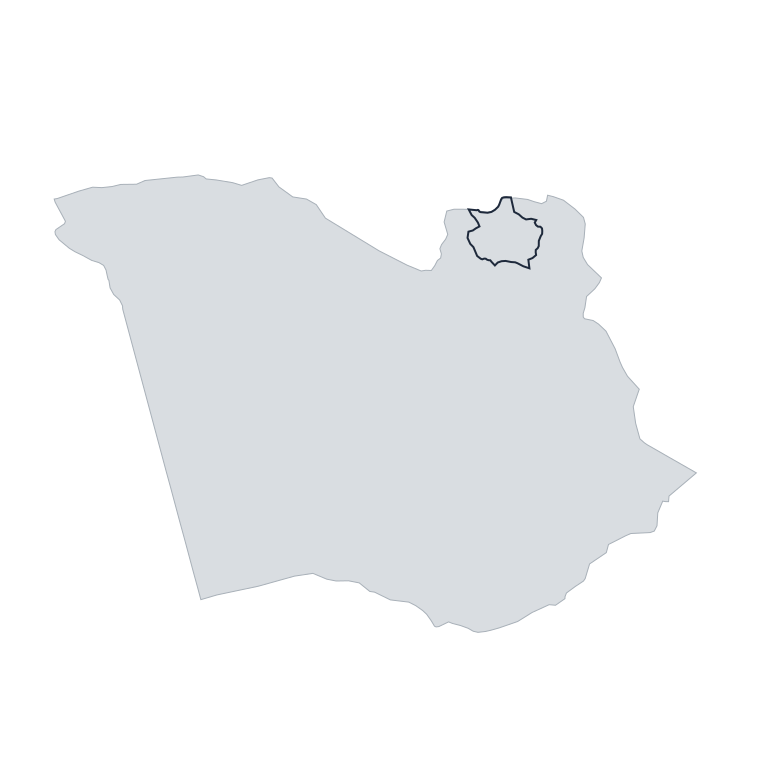 Arua highlighted on a map of Uganda, rotated 75°
{"feature_id": "UGA-3080", "entity_name": "Arua", "entity_type": "County", "adm_level": 1, "iso_a3": "UGA", "parent_name": "Uganda", "parent_adm1": "", "projection": "albers", "projection_center": [31.087, 2.968], "detail": "fine", "context": "in_parent", "style": "outline", "palette": "slate", "viewbox_px": 768, "rotation_deg": 75, "n_neighbors": 0, "source": "natural_earth", "source_scale": "10m", "svg_char_len": 3227}
<svg xmlns="http://www.w3.org/2000/svg" viewBox="0 0 768 768"><g transform="rotate(75 384 384)"><path d="M544.9,616.7L534.1,616.7L516.7,616.8L499.2,616.8L481.8,616.8L464.3,616.9L446.8,616.9L429.4,616.9L411.9,617.0L394.5,617.0L377.0,617.0L359.6,617.0L342.1,617.0L324.6,617.0L307.2,617.0L289.7,617.0L272.3,617.0L254.8,617.0L244.5,617.0L242.4,616.7L241.0,616.3L234.4,617.6L227.6,621.9L220.3,623.7L212.6,622.9L211.6,623.4L207.7,623.3L202.0,623.0L196.9,624.1L193.0,627.9L189.0,634.3L181.9,641.7L176.3,648.2L171.5,652.8L160.6,660.5L154.6,662.7L151.7,662.4L149.9,660.9L146.5,651.1L144.4,649.6L123.2,654.6L120.0,654.7L120.3,651.6L118.7,628.6L118.5,614.5L121.3,605.7L122.9,595.5L123.1,586.6L127.0,571.3L125.6,562.2L130.7,530.1L132.0,524.8L134.0,509.3L137.1,504.6L139.9,502.7L143.5,493.2L150.4,478.0L155.3,470.1L154.2,453.0L155.0,441.4L156.1,438.8L166.4,434.5L179.7,423.7L185.3,411.0L193.2,403.0L208.6,397.7L254.1,354.3L275.3,330.8L284.5,318.8L284.9,314.5L286.6,308.9L282.9,304.4L278.5,300.4L277.0,296.7L273.2,294.9L267.8,295.0L264.2,292.3L260.1,287.0L256.0,283.7L243.1,284.0L233.2,278.6L233.3,271.2L237.2,256.8L244.8,240.2L245.2,235.6L244.1,231.7L242.3,228.4L238.9,225.1L235.7,221.1L238.2,209.2L242.9,197.5L246.8,191.7L250.6,185.1L249.5,179.8L244.0,177.1L246.9,171.9L252.9,163.1L264.5,154.2L274.7,148.2L281.5,148.2L294.7,152.9L306.7,158.5L313.3,158.8L321.3,156.5L337.8,146.5L341.8,149.7L346.6,155.7L351.9,165.7L362.3,170.2L367.3,173.3L370.9,174.2L372.9,173.4L376.8,165.6L381.6,161.3L390.4,155.9L409.9,151.6L423.8,150.3L429.6,149.4L439.5,146.8L455.1,138.8L470.4,149.1L487.1,151.1L503.2,151.0L508.1,147.8L510.9,145.4L527.8,128.4L550.7,105.3L566.0,137.7L571.3,139.6L570.5,142.4L569.3,145.1L579.3,152.9L591.6,157.0L596.0,161.0L596.4,165.3L592.3,184.3L593.1,189.7L597.1,208.7L604.4,212.9L611.0,232.0L624.1,240.1L626.0,242.4L629.1,251.7L633.1,261.9L636.3,264.2L638.2,264.8L642.1,275.6L639.9,281.6L643.0,300.0L648.0,316.4L649.4,336.1L649.5,344.7L649.3,350.0L648.2,357.5L645.9,361.8L641.7,366.0L637.1,372.6L633.1,379.7L630.5,383.2L632.5,393.8L632.1,396.6L631.0,397.9L625.0,399.6L617.4,402.4L612.8,405.3L606.3,410.7L601.1,416.5L594.2,433.7L582.6,447.0L580.7,451.4L569.7,459.4L564.9,469.2L561.9,481.2L557.7,489.8L548.5,501.7L546.4,520.3L546.8,557.6L544.5,600.0L544.9,616.7Z" fill="#d9dde1" stroke="#a8b0b8" stroke-width="1"/><path d="M237.3,257.0L240.0,249.9L240.1,249.4L240.1,248.4L240.4,247.8L240.8,247.6L242.0,247.3L242.3,247.1L243.0,246.2L245.4,239.6L245.6,235.7L244.5,231.8L242.3,227.8L240.6,226.3L236.0,223.1L234.8,221.7L234.7,219.8L235.1,217.7L236.6,213.1L241.0,213.3L251.5,213.7L255.0,209.9L259.1,207.2L261.8,204.2L262.5,199.1L265.0,194.5L267.1,196.6L269.9,196.0L271.8,194.6L272.6,192.2L274.6,191.1L277.1,191.5L279.9,192.4L281.8,194.4L285.8,197.4L290.8,198.8L292.6,200.4L293.8,202.7L296.1,203.4L298.8,203.7L300.8,208.0L301.3,212.4L309.9,213.6L306.3,219.0L301.9,223.8L300.4,225.8L299.1,229.6L296.6,234.7L295.8,238.7L296.1,242.7L298.2,246.2L293.9,248.5L292.0,249.3L291.6,250.7L290.7,252.2L289.3,253.3L288.8,254.8L289.0,256.8L288.0,258.2L284.4,260.9L274.9,262.2L271.0,264.4L264.5,265.5L258.7,263.0L258.7,258.5L257.4,254.9L256.5,251.0L252.4,251.5L246.9,253.4L243.5,255.6L237.3,257.0Z" fill="none" stroke="#1e293b" stroke-width="2"/></g></svg>